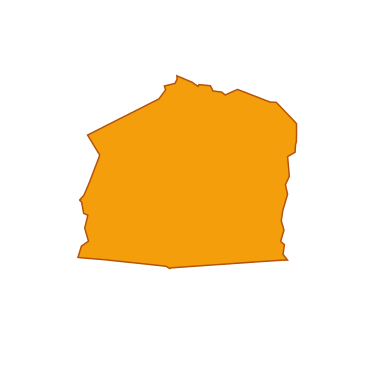 Johnston, North Carolina, United States of America (Robinson projection), rotated 219°
{"feature_id": "52423323B84526796546447", "entity_name": "Johnston", "entity_type": "district", "adm_level": 2, "iso_a3": "USA", "parent_name": "United States of America", "parent_adm1": "North Carolina", "projection": "robinson", "projection_center": [-78.326, 35.536], "detail": "fine", "context": "isolated", "style": "filled", "palette": "amber", "viewbox_px": 384, "rotation_deg": 219, "n_neighbors": 0, "source": "geoboundaries", "source_scale": "gbopen_adm2", "svg_char_len": 1268}
<svg xmlns="http://www.w3.org/2000/svg" viewBox="0 0 384 384"><g transform="rotate(219 192 192)"><path d="M75.0,199.2L82.0,200.8L87.1,209.3L92.0,209.3L96.5,220.2L104.5,225.8L109.2,233.7L109.3,234.0L109.7,234.6L116.3,250.4L124.0,256.5L126.2,265.4L140.0,279.7L136.9,287.7L137.1,288.0L141.1,293.6L142.7,297.0L147.3,302.9L153.8,310.9L162.3,312.1L163.4,312.2L169.0,312.9L180.5,314.4L182.9,314.7L184.7,313.4L188.0,311.0L211.7,303.4L212.6,303.2L213.9,302.7L221.2,300.3L227.3,288.3L231.9,288.3L239.3,283.7L244.6,286.2L254.2,279.8L254.2,279.6L254.0,279.4L253.9,279.1L253.9,278.7L254.1,278.2L253.9,277.8L260.8,277.4L276.9,272.8L274.5,270.2L273.6,265.6L280.2,257.0L276.8,254.8L276.3,243.5L292.7,206.9L293.1,206.0L294.1,203.8L294.2,203.7L298.9,193.1L309.0,170.5L306.7,169.7L290.5,163.9L287.8,163.0L287.3,162.9L286.3,161.0L277.5,133.9L273.9,121.3L274.2,117.1L274.3,115.7L273.7,115.8L273.7,115.5L274.1,115.3L273.9,114.9L273.6,114.8L271.5,114.7L262.7,107.2L258.4,108.4L258.3,108.1L258.1,107.7L257.9,107.3L257.8,107.2L257.7,107.1L252.7,96.5L241.5,88.6L243.9,80.4L239.5,69.4L237.3,70.8L236.2,71.5L214.9,86.0L214.5,86.2L165.4,118.0L161.3,118.4L160.5,119.9L99.1,177.2L91.4,184.3L84.4,190.8L80.3,194.6L80.2,194.7L75.0,199.2Z" fill="#f59e0b" stroke="#b45309" stroke-width="1.5"/></g></svg>